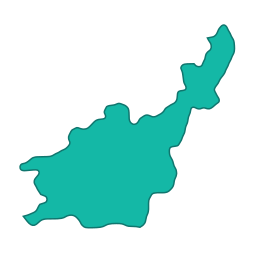 the district of Monción, Santiago Rodríguez, Dominican Republic, rotated 178°
{"feature_id": "3306468B58364807671066", "entity_name": "Monción", "entity_type": "district", "adm_level": 2, "iso_a3": "DOM", "parent_name": "Dominican Republic", "parent_adm1": "Santiago Rodríguez", "projection": "mercator", "projection_center": [-71.168, 19.384], "detail": "fine", "context": "isolated", "style": "filled", "palette": "teal", "viewbox_px": 256, "rotation_deg": 178, "n_neighbors": 0, "source": "geoboundaries", "source_scale": "gbopen_adm2", "svg_char_len": 4711}
<svg xmlns="http://www.w3.org/2000/svg" viewBox="0 0 256 256"><g transform="rotate(178 128 128)"><path d="M119.5,28.4L117.0,29.9L115.9,30.8L114.5,32.5L113.9,33.8L112.6,38.9L111.1,42.2L110.7,43.6L110.3,46.1L110.1,52.1L109.8,54.6L109.6,55.4L109.0,56.8L107.3,59.7L106.6,60.8L106.0,61.2L105.4,61.6L104.8,61.9L103.4,62.1L101.1,62.3L94.2,62.1L92.5,62.3L90.9,62.7L89.4,63.5L87.6,65.0L85.9,66.8L85.0,68.2L84.7,68.9L84.2,70.4L83.6,73.4L83.2,74.8L81.7,78.0L81.3,79.4L81.0,80.9L81.1,82.5L81.3,84.0L81.5,84.8L83.3,88.6L83.7,90.1L84.4,93.1L84.9,94.5L86.5,97.7L87.1,99.2L87.4,100.7L87.5,102.2L87.5,103.7L87.3,105.2L86.8,106.5L86.3,107.0L85.7,107.4L84.5,107.8L80.4,108.3L79.1,108.6L78.5,109.0L77.7,109.9L75.1,114.0L73.7,117.4L71.7,121.3L71.3,122.8L70.5,126.5L70.0,127.9L68.5,131.1L68.1,132.6L67.5,135.6L67.1,137.1L65.4,141.0L64.6,144.3L64.1,145.5L63.6,146.0L63.0,146.3L62.4,146.5L61.8,146.5L60.6,146.2L58.4,145.1L57.1,144.7L55.7,144.6L55.0,144.7L52.7,145.4L51.5,145.5L50.4,145.3L48.1,144.5L46.6,144.4L45.9,144.4L44.4,144.9L42.5,146.1L39.4,148.6L36.7,150.5L36.3,151.0L36.0,151.6L35.9,152.3L36.0,153.6L36.5,154.8L37.8,157.1L39.9,161.5L40.3,162.7L40.3,163.4L40.2,164.1L39.9,164.7L39.2,166.0L36.4,169.6L34.2,173.6L33.2,174.9L30.6,178.0L29.3,180.0L28.1,182.8L26.0,186.5L24.8,189.3L22.7,193.0L21.5,195.8L19.8,198.9L19.5,199.6L19.1,201.1L18.8,203.5L18.8,206.7L19.0,209.9L19.3,211.5L19.8,212.9L21.5,216.1L22.6,218.9L24.3,222.1L25.7,225.3L26.5,226.4L26.9,226.8L27.5,227.2L28.1,227.5L28.8,227.6L29.5,227.5L30.2,227.2L30.8,226.9L31.9,225.9L33.4,224.2L34.2,222.9L35.5,220.2L36.2,218.9L37.1,217.8L38.2,216.9L38.8,216.5L40.3,216.0L45.5,215.2L44.4,212.9L42.9,210.4L42.3,209.1L42.0,207.7L42.0,206.2L42.0,205.5L42.5,204.2L42.8,203.6L43.2,203.1L45.7,201.2L46.6,200.2L47.4,199.1L47.9,197.7L48.8,194.2L50.0,192.0L51.9,188.1L52.4,187.6L53.0,187.2L53.8,186.9L55.3,186.8L56.8,187.2L58.1,187.9L59.8,189.9L66.6,190.0L69.1,189.8L70.6,189.4L71.2,189.0L72.2,188.1L72.8,187.0L73.0,186.4L73.0,185.7L72.6,184.6L72.0,182.8L71.6,181.4L71.3,178.9L70.8,173.7L70.6,172.1L70.1,170.5L69.0,168.2L68.6,167.0L68.6,165.7L68.8,165.1L69.2,164.6L69.7,164.1L70.3,163.9L71.6,163.6L74.4,163.3L75.7,162.9L76.3,162.5L76.8,161.9L77.3,160.6L77.8,156.7L78.1,155.1L78.7,153.7L79.5,152.5L80.6,151.5L81.2,151.1L84.4,149.6L89.1,146.8L90.1,145.9L91.6,143.7L92.5,142.7L93.6,141.8L94.8,141.0L99.3,138.8L100.6,138.4L101.3,138.3L102.7,138.3L103.5,138.5L106.5,139.8L107.8,140.2L109.3,140.3L110.7,139.9L111.9,139.3L115.3,137.2L116.2,136.2L117.5,134.0L118.8,132.5L120.0,131.8L120.8,131.6L121.5,131.5L122.3,131.5L123.0,131.7L124.3,132.5L125.3,133.5L126.0,134.8L126.2,135.5L126.5,137.0L126.5,143.4L126.7,145.8L127.1,147.3L127.4,147.9L128.3,149.1L129.4,150.1L130.6,150.9L134.4,152.5L135.6,152.8L136.3,152.9L137.5,152.7L140.6,151.6L142.1,151.4L145.8,151.0L147.2,150.7L148.5,150.1L148.9,149.6L150.2,147.3L151.0,145.6L151.1,144.4L151.0,143.8L150.2,141.8L150.0,140.7L150.0,140.1L150.2,139.5L150.5,138.9L151.0,138.5L151.5,138.2L152.8,137.9L157.2,137.5L158.6,137.1L159.4,136.8L160.7,136.0L161.9,135.0L165.9,131.1L167.1,130.1L168.4,129.2L169.1,128.9L170.6,128.5L172.9,128.4L175.1,128.9L178.0,130.0L179.2,130.1L180.4,129.7L182.7,128.6L183.9,128.0L184.4,127.5L185.2,126.4L186.8,123.5L187.6,121.6L187.7,120.8L187.7,119.4L187.6,118.7L186.6,115.9L186.6,115.3L186.7,114.6L186.9,113.9L187.7,112.7L188.7,111.5L189.8,110.5L191.1,109.5L192.5,108.8L195.2,107.7L198.4,105.9L201.1,104.8L204.3,103.1L205.7,102.6L207.3,102.3L209.8,102.2L219.9,102.3L221.6,102.2L223.2,101.8L224.0,101.6L225.3,100.9L228.8,98.2L230.6,97.1L231.9,96.5L235.2,95.8L235.8,95.5L236.3,95.1L236.7,94.5L237.0,93.9L237.2,93.3L237.2,91.9L237.1,91.3L236.8,90.6L236.3,90.0L235.7,89.6L235.0,89.3L233.5,89.0L231.9,89.0L224.0,89.4L221.6,89.4L220.2,89.1L219.5,88.8L219.0,88.3L218.6,87.6L218.4,87.0L218.4,86.3L218.6,85.6L219.2,84.4L222.1,81.1L223.0,79.9L223.5,78.5L223.6,77.0L223.5,76.2L223.0,74.9L221.7,72.4L220.5,69.7L217.5,64.7L213.4,62.9L212.3,62.2L211.9,61.5L211.6,60.8L211.4,59.2L211.9,57.8L212.3,57.1L212.9,56.7L214.1,56.1L218.7,54.8L219.9,53.2L221.2,50.8L221.9,49.5L222.8,48.4L223.9,47.5L225.2,46.8L229.8,45.0L231.9,44.3L235.7,43.4L232.0,38.3L230.3,36.3L228.6,34.9L227.3,34.3L226.6,34.1L225.1,34.1L223.7,34.6L222.4,35.4L218.8,38.3L217.4,39.1L215.8,39.6L214.2,39.9L212.4,40.0L201.9,39.8L197.6,40.1L195.2,40.7L192.1,42.2L190.7,42.6L189.2,42.9L187.6,42.9L186.1,42.6L185.4,42.4L183.9,41.6L182.7,40.6L181.6,39.4L180.1,37.5L179.3,36.2L178.0,33.5L177.2,32.4L175.6,30.9L174.2,30.2L173.4,30.0L170.9,29.7L168.2,29.6L162.9,29.6L159.4,29.8L157.7,30.1L156.1,30.5L152.2,32.2L150.7,32.6L147.4,33.0L143.1,33.0L139.7,32.8L137.3,32.4L135.9,31.9L132.7,30.4L131.1,29.9L129.4,29.7L123.3,29.2L119.5,28.4Z" fill="#14b8a6" stroke="#0f766e" stroke-width="1.5"/></g></svg>